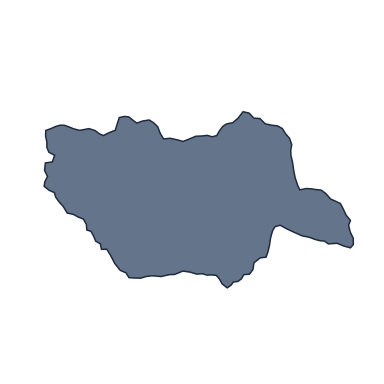 Japaraíba, Minas Gerais, Brazil (Robinson projection), rotated 155°
{"feature_id": "56859067B41178234264515", "entity_name": "Japaraíba", "entity_type": "district", "adm_level": 2, "iso_a3": "BRA", "parent_name": "Brazil", "parent_adm1": "Minas Gerais", "projection": "robinson", "projection_center": [-45.532, -20.134], "detail": "fine", "context": "isolated", "style": "filled", "palette": "slate", "viewbox_px": 384, "rotation_deg": 155, "n_neighbors": 0, "source": "geoboundaries", "source_scale": "gbopen_adm2", "svg_char_len": 1986}
<svg xmlns="http://www.w3.org/2000/svg" viewBox="0 0 384 384"><g transform="rotate(155 192 192)"><path d="M298.5,309.6L301.0,304.7L302.5,298.4L304.7,293.7L304.9,288.5L301.0,283.3L305.8,278.3L312.6,280.3L316.5,273.9L316.4,267.1L321.0,263.5L323.6,259.7L320.8,253.9L317.0,249.6L317.7,245.0L316.8,239.8L314.8,233.2L314.0,225.6L309.1,222.0L305.8,217.5L301.9,213.4L301.4,207.4L303.4,202.0L300.2,199.1L299.8,193.6L300.1,188.2L297.0,183.7L298.3,178.3L293.4,176.1L292.6,168.9L292.2,159.8L290.2,151.4L286.0,146.6L285.3,141.0L280.6,138.4L275.0,135.6L269.4,134.8L264.2,133.2L259.7,130.8L256.0,128.5L251.2,127.5L247.0,126.5L242.9,124.7L238.4,124.4L233.7,124.2L227.5,120.1L222.5,115.6L217.1,113.5L213.5,110.3L209.5,108.7L205.2,106.1L203.9,101.6L203.5,95.9L200.6,90.2L196.2,91.0L192.4,92.9L188.1,91.5L183.9,92.4L179.9,95.2L174.6,93.2L169.5,96.0L165.8,101.6L158.0,103.5L152.4,101.6L148.1,106.1L144.1,111.2L141.0,116.0L138.2,119.6L135.1,123.0L131.4,125.5L126.1,124.6L121.9,118.8L116.2,112.0L110.6,105.6L104.7,101.3L100.5,97.0L96.8,93.9L92.7,91.5L90.4,87.4L82.2,84.2L77.1,78.7L72.0,74.4L68.0,76.2L65.4,81.9L65.5,89.1L64.1,95.7L60.4,99.3L62.1,105.9L62.1,113.0L62.4,118.8L65.8,123.0L69.3,127.0L71.4,134.1L74.2,139.2L78.9,142.0L83.1,144.8L86.9,146.8L93.4,148.4L93.4,153.2L92.5,161.3L90.6,168.9L88.4,176.2L86.8,183.4L85.1,187.7L81.6,192.8L80.9,199.4L82.6,205.3L83.3,211.4L86.8,216.0L91.3,218.7L96.8,222.8L99.4,229.9L104.7,232.8L106.9,239.4L111.8,243.2L119.2,239.4L125.8,237.6L132.1,239.1L136.5,238.4L141.3,235.8L145.7,232.7L150.4,233.5L154.1,236.8L159.4,238.6L164.9,240.9L169.7,241.1L173.9,241.3L178.8,241.6L182.9,245.2L189.0,249.9L195.3,252.1L196.0,258.5L195.5,265.6L197.5,270.9L200.4,275.4L206.7,277.2L212.9,277.8L215.2,282.0L217.4,286.6L221.1,289.0L226.4,290.2L231.7,284.6L235.4,280.4L242.7,280.8L248.4,280.6L251.3,283.8L253.9,288.7L258.6,293.0L267.7,295.3L272.7,299.4L276.1,303.1L279.5,306.4L283.3,308.3L287.7,309.0L293.3,309.1L298.5,309.6Z" fill="#64748b" stroke="#1e293b" stroke-width="1.5"/></g></svg>